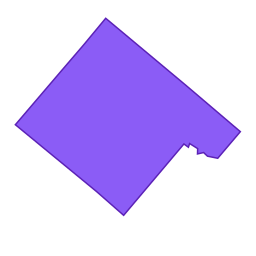 Johnson, Iowa, United States of America (orthographic projection), rotated 310°
{"feature_id": "52423323B53709220600977", "entity_name": "Johnson", "entity_type": "district", "adm_level": 2, "iso_a3": "USA", "parent_name": "United States of America", "parent_adm1": "Iowa", "projection": "orthographic", "projection_center": [-91.562, 41.643], "detail": "fine", "context": "isolated", "style": "filled", "palette": "violet", "viewbox_px": 256, "rotation_deg": 310, "n_neighbors": 0, "source": "geoboundaries", "source_scale": "gbopen_adm2", "svg_char_len": 366}
<svg xmlns="http://www.w3.org/2000/svg" viewBox="0 0 256 256"><g transform="rotate(310 128 128)"><path d="M58.1,39.6L59.1,144.9L58.3,180.8L151.7,181.1L152.1,186.6L155.7,185.2L157.0,194.6L152.8,197.9L157.8,201.7L157.5,207.0L162.5,216.2L197.4,216.4L197.9,145.8L197.7,40.4L163.0,40.6L128.2,40.2L58.1,39.6Z" fill="#8b5cf6" stroke="#5b21b6" stroke-width="1.5"/></g></svg>